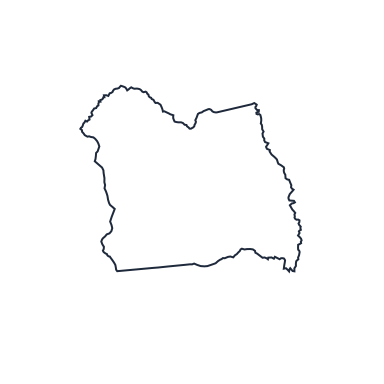 Orizona, Goiás, Brazil, rotated 309°
{"feature_id": "56859067B5480941556664", "entity_name": "Orizona", "entity_type": "district", "adm_level": 2, "iso_a3": "BRA", "parent_name": "Brazil", "parent_adm1": "Goiás", "projection": "natural_earth1", "projection_center": [-48.158, -17.021], "detail": "fine", "context": "isolated", "style": "outline", "palette": "slate", "viewbox_px": 384, "rotation_deg": 309, "n_neighbors": 0, "source": "geoboundaries", "source_scale": "gbopen_adm2", "svg_char_len": 4144}
<svg xmlns="http://www.w3.org/2000/svg" viewBox="0 0 384 384"><g transform="rotate(309 192 192)"><path d="M300.3,184.4L297.8,183.2L269.5,161.2L268.6,160.1L267.8,158.6L267.5,157.0L267.9,155.2L267.5,153.5L266.7,152.6L263.4,150.8L262.2,150.1L260.0,149.5L258.2,148.1L256.4,147.5L254.9,148.0L252.6,148.8L249.9,149.4L249.0,150.9L247.4,151.5L245.8,151.7L244.5,152.4L243.0,152.3L240.5,151.3L239.7,150.2L240.0,148.8L239.9,146.8L240.6,145.5L239.6,143.9L239.9,141.6L239.3,139.7L237.5,137.5L236.4,135.6L235.8,134.1L236.5,132.7L237.5,131.0L238.8,129.9L239.9,129.2L238.7,126.1L238.5,124.6L238.0,122.6L237.3,119.7L236.2,118.8L237.5,117.2L238.8,115.0L240.0,112.6L239.7,109.2L238.2,107.6L238.5,106.2L239.4,104.0L238.9,102.2L239.5,101.0L239.0,99.4L239.3,98.0L240.3,96.8L240.2,95.4L240.9,94.1L240.8,92.8L239.1,91.6L238.7,90.2L239.1,88.3L239.0,86.6L238.4,85.3L237.7,84.1L236.8,83.1L235.9,82.1L235.4,80.6L235.1,78.9L233.4,78.4L232.0,78.2L230.2,77.7L230.8,76.3L231.3,74.5L230.9,72.8L230.4,71.4L229.8,69.9L228.3,69.8L226.8,69.8L225.4,68.9L224.2,67.7L222.7,66.9L221.1,66.9L219.7,67.3L218.1,66.8L216.9,65.9L215.5,66.2L214.0,66.5L213.2,64.4L211.7,62.7L210.5,64.3L209.7,63.5L208.6,64.0L207.1,63.8L205.8,62.9L204.6,64.0L203.8,62.5L202.9,63.3L201.6,63.7L200.4,64.8L198.9,64.3L196.9,64.7L195.3,63.4L193.2,63.6L191.3,63.6L190.2,64.0L189.1,66.3L187.2,66.1L185.7,64.8L183.8,66.8L181.9,66.1L180.7,66.1L180.3,64.3L178.2,64.7L176.9,64.5L175.1,65.2L173.5,65.7L172.1,65.3L170.8,65.5L170.8,67.6L169.6,68.7L169.3,70.9L168.7,72.8L169.2,75.9L170.5,77.0L171.2,78.9L172.4,81.0L172.4,83.3L171.8,86.3L170.8,88.6L169.1,91.3L164.2,93.1L162.0,92.9L159.4,94.7L156.8,96.3L154.7,97.1L154.4,106.7L153.1,109.5L151.0,111.5L147.7,115.2L144.4,117.8L142.7,120.1L139.8,121.7L138.3,124.8L137.0,126.9L135.8,128.7L133.2,131.6L131.3,134.4L130.4,136.3L130.2,142.6L122.2,145.2L117.5,147.0L115.7,150.2L113.7,152.8L110.8,154.0L107.9,153.9L105.4,152.4L102.8,152.4L100.0,151.9L98.4,152.0L96.4,152.7L94.9,155.3L94.0,158.0L92.1,159.3L90.3,159.7L89.7,161.2L89.8,163.3L90.2,165.1L89.5,166.1L89.5,167.6L90.1,168.8L89.7,170.0L88.8,173.4L88.1,175.7L87.1,178.3L85.4,180.3L83.9,181.9L83.4,183.7L108.3,209.3L112.0,213.2L118.7,219.9L131.1,232.5L134.6,236.0L135.8,237.6L137.7,238.7L138.6,241.9L139.9,245.4L142.1,248.5L144.1,250.6L147.1,252.5L149.5,254.0L151.5,255.2L154.6,255.7L156.9,256.4L158.4,257.2L160.1,257.6L161.1,259.1L164.2,260.8L166.0,262.4L167.2,265.2L168.5,265.2L169.8,265.2L171.9,265.9L174.4,266.0L176.1,266.3L177.9,265.9L179.3,266.4L180.4,269.0L182.3,270.7L184.3,273.1L185.7,275.4L185.9,278.0L184.7,279.5L185.1,281.3L185.3,288.2L186.8,289.6L187.5,291.8L187.5,293.3L189.0,292.6L191.2,295.0L191.7,297.6L193.8,297.2L194.9,302.4L196.6,302.9L197.7,304.2L198.2,305.4L197.5,307.3L195.7,308.4L193.3,309.7L190.2,311.6L191.9,313.0L191.7,315.6L191.4,317.4L193.4,316.4L194.6,316.3L193.9,319.9L194.8,321.5L197.1,319.6L199.9,319.3L201.7,317.8L203.7,316.6L204.9,316.6L206.6,317.0L207.8,315.7L210.2,315.0L213.1,313.4L213.8,312.3L214.0,310.8L215.4,309.5L217.8,307.7L219.5,308.5L220.9,309.0L221.8,307.9L223.4,307.6L224.3,306.2L224.7,304.3L224.9,301.8L227.8,301.4L228.7,299.8L229.9,299.9L231.1,300.4L232.3,298.8L233.5,298.3L233.9,295.9L234.6,294.6L236.1,294.4L237.6,293.4L237.4,291.9L236.2,290.6L236.1,289.1L236.6,287.8L237.7,287.3L239.1,285.7L240.7,285.4L241.2,283.2L241.5,281.0L243.3,276.4L245.9,276.8L247.2,277.9L248.7,278.5L249.3,276.8L246.7,273.0L247.5,271.3L248.6,270.3L251.9,269.3L256.4,269.5L257.7,269.5L257.5,267.6L258.0,266.0L259.8,264.9L261.1,262.4L262.6,259.8L261.7,258.1L261.6,256.0L264.1,253.7L264.9,251.6L265.7,250.5L266.9,249.4L268.1,249.0L269.0,247.8L268.8,244.2L268.3,241.4L268.9,240.2L270.7,237.5L270.9,236.2L271.1,234.2L271.2,230.2L272.3,226.9L273.6,226.1L272.7,223.0L273.7,221.1L276.4,220.9L277.9,220.7L277.3,218.8L276.8,217.4L277.6,215.6L279.0,214.6L279.6,212.3L281.8,210.0L284.0,209.6L284.9,207.1L287.1,205.2L288.2,203.8L288.5,202.4L289.9,201.6L291.2,200.8L292.6,199.6L293.6,198.4L294.9,196.6L294.8,195.1L293.7,194.3L293.3,193.0L294.2,192.1L295.2,192.5L296.3,193.4L297.7,192.5L296.7,191.0L297.0,188.7L297.9,187.8L299.3,187.8L300.6,187.3L300.3,184.4Z" fill="none" stroke="#1e293b" stroke-width="2"/></g></svg>